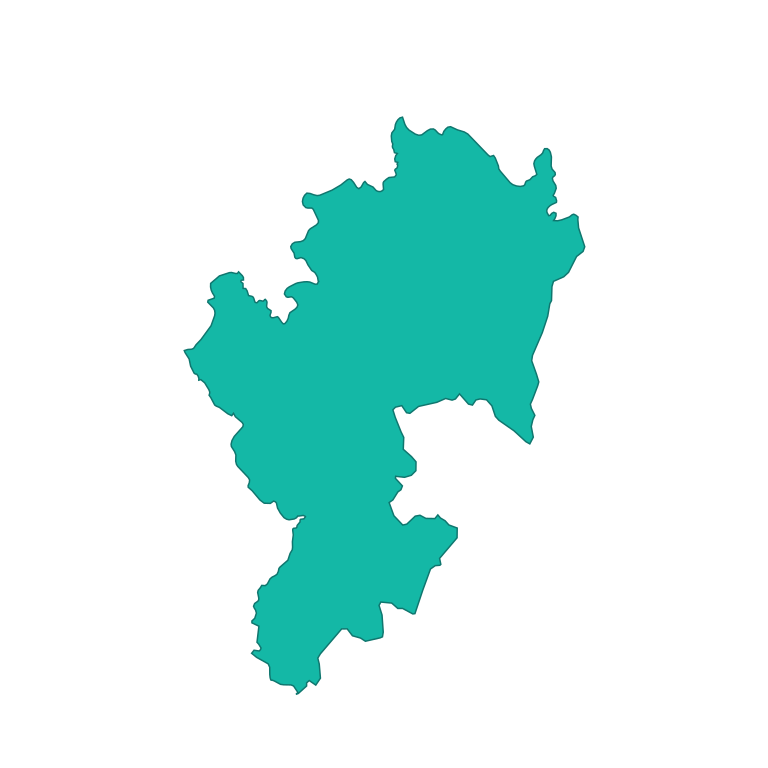 the border of Sikasso, rotated 140°
{"feature_id": "MLI-2794", "entity_name": "Sikasso", "entity_type": "Region", "adm_level": 1, "iso_a3": "MLI", "parent_name": "Mali", "parent_adm1": "", "projection": "robinson", "projection_center": [-6.512, 11.478], "detail": "fine", "context": "isolated", "style": "filled", "palette": "teal", "viewbox_px": 768, "rotation_deg": 140, "n_neighbors": 0, "source": "natural_earth", "source_scale": "10m", "svg_char_len": 6171}
<svg xmlns="http://www.w3.org/2000/svg" viewBox="0 0 768 768"><g transform="rotate(140 384 384)"><path d="M650.9,202.8L649.5,203.0L648.6,202.8L648.2,203.2L647.4,210.8L648.6,213.2L654.1,218.0L656.3,220.4L659.0,227.2L660.1,229.1L660.8,229.6L660.9,230.2L660.0,232.2L658.2,234.9L653.6,240.5L652.6,244.1L657.3,256.5L658.5,262.8L654.7,263.6L651.2,259.7L649.3,259.9L647.9,260.8L647.2,265.3L647.3,267.8L635.5,278.9L638.7,285.9L637.5,287.4L633.6,287.6L629.0,290.5L627.7,293.4L627.4,295.7L626.8,297.6L624.2,299.0L620.3,298.7L618.9,299.1L617.6,300.4L614.8,305.5L613.0,306.8L609.4,307.5L607.1,308.3L604.6,305.9L601.9,305.8L596.5,308.0L593.8,308.0L591.1,307.3L588.3,307.0L585.5,308.3L583.1,310.2L581.7,310.6L570.9,310.8L564.8,314.6L560.8,316.0L558.9,317.8L555.5,322.1L550.5,326.7L547.9,330.7L547.1,331.5L546.1,331.6L543.9,330.2L543.0,330.2L541.4,331.5L537.0,332.3L535.6,333.8L534.9,334.0L532.0,332.2L529.5,332.8L529.5,333.5L530.3,335.2L534.3,337.7L534.8,338.3L537.0,337.8L539.5,338.3L544.0,341.0L545.5,343.0L546.5,345.9L546.4,351.7L545.3,357.4L542.9,362.0L542.9,363.6L543.9,365.3L547.8,365.6L552.4,369.7L553.6,374.9L553.6,387.0L554.4,392.2L553.4,393.5L550.6,395.0L548.6,396.9L548.1,399.6L549.0,414.8L548.7,417.2L547.2,420.2L543.1,424.8L541.9,428.2L541.1,434.2L539.8,436.2L536.8,438.4L532.4,440.1L519.6,442.0L517.8,443.4L517.4,445.7L518.9,454.5L518.1,458.3L521.0,457.6L522.8,461.6L525.1,471.8L526.7,474.9L527.2,476.7L525.4,485.1L525.2,487.8L523.3,489.1L522.5,490.2L521.8,492.3L520.6,500.2L521.5,505.1L523.4,506.0L522.2,507.3L521.3,509.6L521.1,511.9L522.1,512.9L522.5,514.3L520.7,521.9L517.2,528.4L516.2,535.9L515.5,538.0L512.0,536.5L509.2,534.4L507.6,533.8L506.3,533.8L502.7,534.9L495.6,535.7L479.0,539.8L469.8,545.2L467.9,546.9L466.4,549.3L465.8,552.0L466.4,560.0L464.9,561.2L458.9,558.9L457.4,560.2L456.9,563.9L456.0,567.0L454.5,569.8L452.1,572.5L440.6,572.6L430.9,568.7L429.2,567.5L426.6,564.0L425.2,562.9L423.3,563.4L422.9,558.0L423.2,556.0L424.8,554.0L426.6,555.2L427.6,554.8L427.9,554.0L427.4,551.7L430.5,547.8L428.6,546.0L429.0,543.3L430.9,538.8L428.8,536.0L428.4,534.6L428.7,533.3L430.2,529.8L429.7,528.4L428.9,527.9L426.4,528.2L425.5,527.9L423.4,525.2L422.3,525.1L421.2,525.4L420.5,525.1L420.6,522.8L421.2,521.7L423.5,519.5L424.4,518.3L424.6,516.6L423.4,512.8L424.5,511.5L427.2,509.9L427.8,508.2L427.4,507.0L426.2,505.9L422.4,504.1L422.1,502.9L422.7,496.9L422.5,494.8L421.2,494.0L418.1,494.5L415.1,495.9L412.7,497.8L410.2,499.1L404.2,498.5L401.4,498.7L399.2,499.9L398.3,502.6L398.1,508.3L398.8,510.3L401.9,512.2L402.8,513.6L402.4,517.0L399.9,518.8L396.8,519.5L394.1,519.3L387.1,517.7L385.0,516.9L379.8,513.8L377.2,511.8L375.3,509.8L372.6,504.7L371.0,503.5L368.1,504.6L368.3,505.0L366.2,508.6L365.6,511.3L365.3,514.0L366.4,517.5L365.7,524.1L364.5,528.8L364.7,531.3L366.3,534.2L370.1,535.9L370.9,537.0L370.8,538.5L368.8,542.0L368.1,547.4L367.1,549.2L364.1,550.3L361.2,549.9L356.4,546.7L353.6,545.7L350.8,546.0L343.2,550.0L340.7,550.3L333.5,549.3L330.6,549.8L329.0,551.6L325.9,563.3L326.2,565.2L329.3,567.8L330.5,569.4L330.8,573.1L329.2,576.2L326.5,578.4L323.5,579.6L320.4,579.8L318.1,577.4L316.2,574.1L314.1,571.3L311.9,569.9L299.2,565.9L289.1,564.2L281.0,564.0L278.9,563.4L277.8,561.6L277.7,558.0L278.5,552.1L277.7,549.8L274.8,549.6L270.1,551.4L268.4,551.4L268.4,547.5L265.8,541.9L265.7,537.4L265.0,535.7L263.9,534.4L262.6,533.5L261.1,533.2L259.3,533.3L256.2,537.7L255.2,538.7L254.1,539.2L250.5,539.3L247.5,539.0L242.8,535.8L240.2,536.3L239.5,537.5L238.3,540.9L237.2,541.3L235.6,541.1L234.5,541.4L232.7,543.0L232.7,544.0L231.0,544.9L232.5,547.1L231.1,549.5L228.2,551.4L225.6,552.0L227.3,554.5L225.8,557.4L225.5,559.5L224.8,560.7L223.0,562.2L222.1,564.9L219.0,569.3L216.6,571.3L212.1,572.3L208.4,575.5L206.1,576.7L203.4,577.5L200.7,577.6L198.3,576.5L201.1,569.5L201.8,566.1L201.6,562.4L199.4,555.3L197.5,552.2L195.0,550.6L188.0,550.2L184.7,549.5L182.2,547.6L181.5,545.7L181.3,541.8L180.9,540.0L179.6,537.7L178.8,537.4L175.7,539.1L172.7,539.7L170.0,539.7L167.6,538.3L164.4,531.5L160.5,525.5L159.1,521.6L157.1,492.7L156.6,490.1L153.2,488.6L153.5,485.6L156.2,477.5L157.8,475.0L158.1,472.3L158.0,457.2L157.2,453.9L155.2,450.5L152.6,447.7L149.7,446.1L148.2,446.1L145.7,447.6L144.4,447.9L140.9,446.7L136.9,447.2L134.3,446.3L132.2,446.3L128.9,454.1L127.6,456.4L125.3,458.1L123.2,458.8L120.9,459.1L116.4,458.7L113.9,459.0L111.7,460.3L109.7,461.0L107.7,459.4L107.1,457.1L107.6,454.6L109.8,450.3L115.8,443.6L117.1,440.6L117.0,436.1L118.1,434.4L119.2,433.9L121.8,433.9L122.9,433.2L124.0,430.9L124.8,425.7L126.3,423.2L131.0,420.5L133.2,419.8L133.4,418.8L132.6,416.6L134.0,413.4L135.2,412.3L140.1,413.6L142.4,413.9L145.0,413.7L147.3,412.8L148.8,410.9L149.6,407.1L148.3,406.4L145.9,406.9L143.6,406.4L142.5,404.2L144.1,402.3L146.7,400.9L149.0,400.2L146.2,397.5L142.3,395.5L134.6,392.8L131.0,392.7L129.5,392.1L128.5,389.9L128.0,387.2L129.8,385.4L134.6,378.5L142.0,360.1L146.3,357.6L154.5,357.9L170.9,350.9L177.4,350.6L188.2,353.7L192.8,350.6L202.1,340.2L205.4,338.9L215.0,330.7L229.7,321.6L251.8,310.5L255.9,306.9L260.9,293.5L264.1,286.1L267.3,283.9L280.2,276.7L284.8,274.5L286.8,270.6L288.6,263.0L293.0,260.9L298.5,256.8L303.8,247.3L310.8,244.4L312.4,248.6L314.5,264.6L319.3,282.4L319.5,287.6L315.4,297.9L315.6,306.0L320.0,310.8L323.8,312.7L329.8,311.0L332.2,314.3L332.5,327.9L338.9,326.6L342.2,327.9L346.1,333.3L355.3,336.0L371.9,344.6L383.0,344.9L385.2,347.5L384.3,356.0L390.1,358.9L393.8,358.5L396.8,351.3L401.7,336.4L403.2,330.4L411.2,321.6L409.6,310.7L409.5,303.8L415.3,297.1L421.7,296.5L428.2,299.3L434.4,305.8L435.9,304.4L435.4,294.1L439.0,292.1L442.8,292.4L451.7,289.5L456.3,289.9L461.1,276.7L460.3,263.9L456.6,262.0L445.0,262.7L440.8,260.3L438.3,254.1L431.5,248.2L426.9,249.1L426.9,245.1L425.1,240.0L424.9,234.3L420.5,226.6L426.9,219.2L453.5,214.7L456.4,209.3L457.7,209.2L461.5,211.9L467.3,212.4L486.9,201.1L507.9,188.2L509.7,189.3L514.0,200.1L517.7,203.2L518.9,211.2L526.6,219.0L530.1,217.6L534.0,208.3L544.1,194.4L547.7,191.3L550.1,192.0L563.6,198.9L565.3,204.5L570.0,211.4L569.6,220.1L573.9,223.6L606.2,218.2L610.9,216.6L613.6,211.1L621.8,199.5L629.8,197.2L631.9,204.9L635.4,204.8L637.4,202.4L648.5,202.0L650.9,202.8Z" fill="#14b8a6" stroke="#0f766e" stroke-width="1.5"/></g></svg>